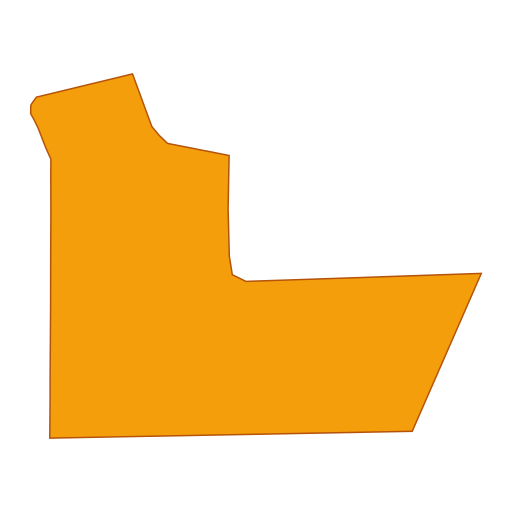 outline of Siwa, Matruh, Egypt
{"feature_id": "37247803B75450946768070", "entity_name": "Siwa", "entity_type": "district", "adm_level": 2, "iso_a3": "EGY", "parent_name": "Egypt", "parent_adm1": "Matruh", "projection": "albers", "projection_center": [25.471, 28.699], "detail": "fine", "context": "isolated", "style": "filled", "palette": "amber", "viewbox_px": 512, "rotation_deg": 0, "n_neighbors": 0, "source": "geoboundaries", "source_scale": "gbopen_adm2", "svg_char_len": 494}
<svg xmlns="http://www.w3.org/2000/svg" viewBox="0 0 512 512"><path d="M412.2,431.3L481.3,273.4L245.9,281.4L232.3,274.7L229.3,256.0L228.1,208.8L229.1,155.5L167.5,143.4L159.2,135.4L151.8,126.5L132.5,73.9L36.5,97.1L34.2,100.1L31.2,104.5L30.8,105.5L30.7,108.9L30.7,113.4L31.1,114.5L34.5,120.6L38.0,127.9L40.9,135.2L43.7,142.5L46.0,148.3L50.9,159.2L50.8,174.1L50.9,211.9L50.7,254.3L50.6,306.5L50.1,380.1L50.1,398.5L49.8,438.1L412.2,431.3Z" fill="#f59e0b" stroke="#b45309" stroke-width="1.5"/></svg>